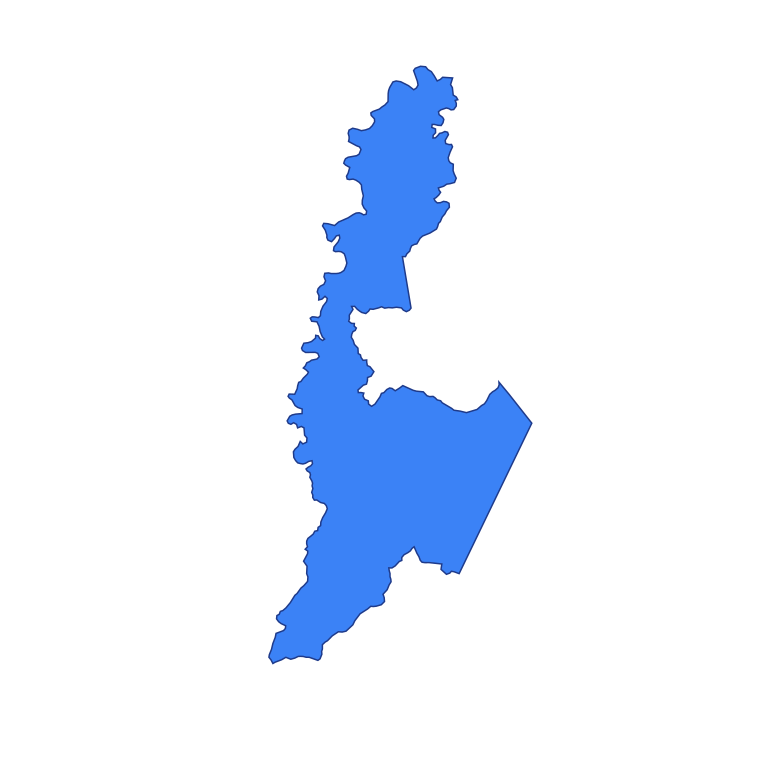 Santa Terezinha de Goiás, Goiás, Brazil (Albers equal-area conic projection), rotated 32°
{"feature_id": "56859067B60911131091675", "entity_name": "Santa Terezinha de Goiás", "entity_type": "district", "adm_level": 2, "iso_a3": "BRA", "parent_name": "Brazil", "parent_adm1": "Goiás", "projection": "albers", "projection_center": [-49.725, -14.312], "detail": "fine", "context": "isolated", "style": "filled", "palette": "blue", "viewbox_px": 768, "rotation_deg": 32, "n_neighbors": 0, "source": "geoboundaries", "source_scale": "gbopen_adm2", "svg_char_len": 6158}
<svg xmlns="http://www.w3.org/2000/svg" viewBox="0 0 768 768"><g transform="rotate(32 384 384)"><path d="M337.7,197.6L335.7,200.4L333.2,202.2L330.4,201.7L328.3,200.4L329.4,198.3L330.3,194.7L330.4,191.4L327.9,190.4L326.2,188.9L329.8,184.7L331.3,181.3L334.0,179.0L337.0,175.7L336.2,171.2L332.0,168.5L329.5,166.4L326.3,160.9L323.0,161.3L320.6,160.3L318.5,158.0L317.2,152.5L316.4,146.5L314.3,145.1L312.3,146.5L308.9,147.4L306.8,145.0L306.5,138.4L304.5,136.8L301.8,137.6L300.1,140.3L298.3,142.0L298.0,144.7L297.2,148.0L295.2,149.4L293.9,147.0L294.6,143.6L292.5,140.4L288.5,141.1L287.3,138.3L289.3,137.1L292.7,136.0L295.5,134.5L295.6,131.2L294.5,127.9L292.4,126.8L288.0,126.4L285.9,124.2L286.9,121.4L290.6,116.9L293.0,116.1L295.6,116.0L297.7,114.3L298.0,110.0L296.6,107.7L294.1,105.8L295.9,103.8L293.2,102.3L289.6,102.3L284.9,96.4L281.8,94.8L280.0,88.1L271.2,92.8L270.4,95.8L268.5,98.8L263.0,95.9L258.6,94.0L254.7,94.1L251.2,92.9L246.6,95.2L243.2,99.7L243.0,102.5L251.9,109.6L254.5,112.5L254.6,115.8L253.3,118.7L246.7,118.0L238.0,118.8L233.7,120.6L231.5,123.1L231.7,129.5L232.4,132.7L233.6,135.4L237.8,142.4L236.9,147.0L235.4,150.2L234.4,153.3L230.1,158.9L229.2,161.1L230.8,163.0L235.4,164.2L237.1,166.6L237.2,171.1L236.3,175.0L233.6,178.4L230.5,181.2L226.7,182.0L221.9,183.7L219.8,187.2L220.8,190.4L223.3,192.7L224.5,194.6L225.4,197.1L234.4,196.5L237.6,195.9L240.2,197.3L241.1,202.3L239.8,204.9L233.4,210.7L232.0,213.3L232.2,215.6L232.9,218.1L235.5,218.7L240.2,218.5L241.9,224.3L242.1,227.7L244.2,229.7L246.3,229.0L249.2,226.6L252.1,226.0L256.2,226.1L259.3,227.1L261.9,230.6L266.8,235.4L268.2,239.6L270.2,243.0L273.7,245.3L277.6,246.5L278.9,249.5L277.0,251.4L274.5,251.4L272.3,251.9L269.8,253.8L268.1,256.6L265.5,262.1L259.7,270.6L258.1,275.8L251.5,277.8L247.8,279.7L248.1,282.5L252.7,284.7L256.7,288.0L257.9,290.1L260.2,291.7L264.1,291.1L264.9,287.1L265.1,283.6L267.2,281.5L269.2,283.7L269.8,287.7L269.0,294.3L270.5,297.7L272.7,297.5L275.4,295.5L277.7,294.5L281.2,294.6L283.6,296.4L288.4,301.1L289.3,304.2L289.9,308.9L288.4,312.3L286.8,314.2L285.0,315.6L280.7,318.3L278.1,319.2L275.1,321.5L276.3,324.9L279.8,327.5L280.2,331.4L278.2,334.7L277.6,338.0L278.6,341.3L282.1,343.6L284.1,347.3L286.4,344.9L287.5,340.9L290.6,341.5L291.6,344.5L291.0,350.2L291.9,356.0L293.9,359.8L293.1,362.5L289.8,363.8L287.5,365.1L286.6,367.3L289.4,369.1L294.2,366.8L298.4,369.5L302.1,373.4L306.8,376.7L309.8,377.4L308.9,379.6L305.4,379.5L302.7,378.0L300.3,378.9L301.6,381.4L300.0,386.4L297.7,389.2L294.4,391.9L295.1,397.3L297.1,398.8L300.8,398.8L308.9,393.6L311.6,393.1L314.6,395.2L313.9,398.4L309.9,402.2L309.0,404.5L307.3,406.9L307.7,410.4L307.1,413.2L310.2,413.3L313.6,414.0L313.8,416.3L312.5,421.7L312.2,425.9L310.8,427.8L311.7,431.2L312.9,434.0L313.7,440.0L308.9,442.8L309.2,445.3L311.2,446.1L314.4,446.3L320.0,449.4L323.2,449.6L327.9,448.6L330.2,452.5L325.0,456.4L322.5,458.9L321.2,461.3L321.4,466.6L323.7,468.0L326.4,467.5L327.9,464.7L331.3,464.6L334.0,467.0L336.4,463.8L339.4,463.6L343.8,469.5L347.3,470.6L349.2,474.4L346.9,477.8L343.4,477.1L344.2,482.5L343.1,486.5L343.1,489.5L346.5,494.1L349.7,495.8L352.6,496.6L355.2,495.8L357.6,494.8L359.4,492.9L361.2,489.5L363.6,487.2L365.6,489.5L365.3,492.1L363.8,494.7L362.9,497.4L364.9,498.4L368.0,498.4L369.8,500.0L370.5,502.4L374.3,504.5L376.0,506.0L377.0,508.5L379.1,510.4L380.1,514.2L382.5,515.9L383.7,518.0L386.5,519.4L388.4,518.0L393.0,518.1L396.7,516.9L399.5,517.7L402.0,519.8L402.7,524.2L402.8,529.7L403.6,534.5L405.3,537.7L404.1,540.5L405.4,543.5L403.3,545.5L403.5,548.9L401.3,555.3L401.7,558.2L403.1,560.5L405.4,562.6L404.7,565.9L407.9,566.1L409.1,568.4L409.7,576.9L415.3,579.3L418.9,585.8L421.7,587.9L423.8,591.9L422.9,597.5L421.7,601.1L421.3,607.8L420.4,610.4L420.4,619.1L419.5,625.8L418.3,629.7L416.6,631.8L417.2,634.8L415.9,637.1L417.3,640.1L420.6,641.4L423.7,641.7L428.7,641.1L429.9,643.5L429.5,646.3L424.6,652.7L426.0,656.4L427.3,663.0L429.2,668.6L430.2,674.3L431.2,676.7L434.3,677.8L437.9,679.9L439.1,677.6L443.3,672.1L445.6,667.8L450.8,666.8L453.6,663.7L455.6,660.5L457.5,659.2L459.8,657.9L462.7,657.0L465.4,655.4L474.4,653.4L475.4,651.0L474.5,646.1L472.8,643.8L472.2,641.4L469.9,637.7L470.9,633.9L472.1,631.7L473.6,624.9L476.6,618.3L480.0,616.5L482.8,613.7L485.2,604.7L484.7,600.2L485.5,591.5L489.3,583.5L490.6,579.5L492.8,578.4L495.2,576.5L498.7,572.6L499.7,568.2L497.4,565.1L494.6,562.8L495.7,556.8L494.8,551.6L494.8,548.0L493.2,545.9L491.2,544.2L489.5,541.5L487.5,539.7L485.5,537.4L488.2,535.8L489.9,532.3L491.0,526.4L492.6,524.2L491.0,521.7L491.5,518.1L493.6,514.4L494.8,511.5L494.9,508.5L495.8,506.1L501.6,510.1L505.2,512.0L508.2,514.3L510.7,515.0L513.4,513.8L516.8,511.6L528.4,506.0L530.6,511.0L537.8,512.3L540.0,509.5L540.4,507.1L542.9,506.1L548.2,505.0L530.1,338.9L495.3,326.4L480.5,321.5L482.1,323.7L482.7,326.8L481.6,330.4L480.2,333.1L479.2,336.7L479.9,343.6L479.7,347.6L478.1,350.7L476.4,356.3L469.1,364.6L462.8,366.7L457.2,369.2L454.3,368.8L443.3,369.1L440.9,368.2L437.6,369.3L434.5,368.6L432.2,368.5L429.4,370.5L426.7,371.2L421.5,369.8L415.3,372.9L412.0,373.9L400.8,375.4L399.4,379.1L397.1,383.8L393.2,383.5L390.9,384.4L389.3,387.2L388.5,391.4L386.8,393.3L387.4,397.0L387.0,405.8L385.3,409.5L381.6,409.2L379.6,406.6L375.6,407.2L372.5,405.3L371.7,402.4L368.9,403.5L366.8,404.9L365.1,402.9L367.1,395.9L369.2,393.4L368.2,390.0L366.6,387.2L368.9,384.2L368.9,378.9L363.0,376.8L360.1,377.2L357.8,374.7L356.6,372.8L353.7,375.0L350.5,373.7L348.6,371.8L346.0,371.8L342.9,367.4L337.9,366.1L334.7,363.3L331.5,361.7L330.3,358.9L329.9,356.1L331.2,353.8L330.9,351.2L328.0,350.7L326.8,348.4L324.3,349.8L320.8,349.5L320.2,347.2L318.1,344.0L318.2,337.2L315.4,335.4L318.0,333.7L321.7,334.8L325.0,335.1L327.3,335.1L331.2,333.9L332.3,330.5L332.4,327.8L335.2,326.4L339.1,322.3L341.0,319.8L344.4,319.3L347.3,316.8L350.7,315.0L353.9,312.3L358.5,310.2L361.2,311.1L364.6,310.8L366.4,308.0L366.7,305.3L332.1,266.2L334.7,264.6L334.4,261.5L335.4,257.6L334.6,255.2L334.2,252.2L335.8,249.5L337.6,247.8L337.4,241.3L338.3,238.1L343.0,231.6L346.4,224.8L346.1,222.3L345.1,218.8L345.7,216.5L344.9,211.6L345.5,207.5L345.2,204.0L345.8,199.5L343.4,196.3L340.5,196.4L337.7,197.6Z" fill="#3b82f6" stroke="#1e3a8a" stroke-width="1.5"/></g></svg>